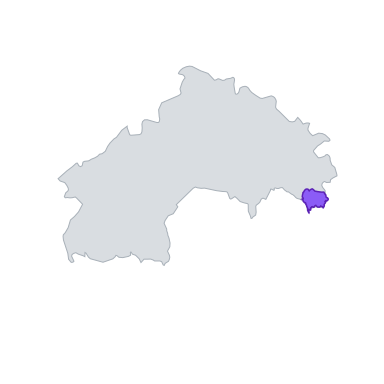 location of Yomou, Yomou, Guinea, rotated 316°
{"feature_id": "49546643B93814621089544", "entity_name": "Yomou", "entity_type": "district", "adm_level": 2, "iso_a3": "GIN", "parent_name": "Guinea", "parent_adm1": "Yomou", "projection": "mercator", "projection_center": [-9.137, 7.537], "detail": "fine", "context": "in_parent", "style": "filled", "palette": "violet", "viewbox_px": 384, "rotation_deg": 316, "n_neighbors": 0, "source": "geoboundaries", "source_scale": "gbopen_adm2", "svg_char_len": 6893}
<svg xmlns="http://www.w3.org/2000/svg" viewBox="0 0 384 384"><g transform="rotate(316 192 192)"><path d="M231.9,246.5L229.1,246.1L227.8,246.7L224.1,251.1L221.8,252.8L218.3,252.3L217.0,252.6L216.1,252.1L217.4,249.7L219.2,244.9L223.8,240.0L223.9,239.0L222.0,236.1L220.0,232.3L220.0,228.1L219.7,225.1L215.6,224.3L214.8,223.8L214.7,222.8L217.0,217.6L217.2,216.5L216.9,215.6L214.4,212.9L210.5,208.0L203.7,197.9L201.2,195.8L198.8,192.7L197.9,190.8L195.4,190.1L171.9,190.2L171.5,192.8L163.4,194.6L158.4,192.6L152.9,193.8L150.2,195.1L148.1,201.0L146.9,202.3L145.7,204.9L144.6,206.3L143.4,209.2L140.8,213.4L138.0,216.0L133.3,217.5L131.8,221.8L130.7,223.5L128.9,224.7L127.0,225.5L123.1,224.7L121.0,225.5L120.6,224.4L121.8,221.0L120.9,219.2L117.2,215.6L116.8,213.9L115.7,211.6L110.8,207.0L106.3,207.3L107.6,203.4L107.5,198.3L106.0,195.5L106.4,192.7L105.5,192.8L104.0,194.8L101.6,194.2L96.6,191.1L94.1,188.2L93.8,185.6L93.3,184.7L91.7,185.2L88.6,185.1L79.2,180.7L72.5,169.4L72.3,166.8L73.3,162.4L73.0,161.2L70.0,164.1L69.4,162.2L67.0,157.6L66.3,155.0L64.1,153.9L62.2,153.7L60.8,154.5L59.0,159.8L57.6,159.8L56.2,158.7L56.5,154.7L60.1,149.8L66.2,137.2L68.4,134.4L69.7,133.4L72.6,133.2L78.2,131.6L85.1,127.7L90.4,128.0L96.6,127.5L104.8,124.8L104.8,116.4L104.6,114.5L101.7,112.8L100.0,111.3L98.6,109.5L96.8,108.1L96.9,106.7L100.5,104.9L103.8,105.0L104.9,104.3L105.7,103.1L106.6,100.0L107.0,96.8L104.8,92.5L104.9,89.4L116.8,89.9L123.4,90.7L128.7,90.9L129.6,91.6L128.8,94.6L129.5,96.4L131.3,96.8L134.3,94.8L135.9,95.2L139.3,97.8L142.4,98.5L145.8,99.9L148.9,100.7L151.8,100.6L153.9,102.0L157.9,102.5L163.0,100.6L167.1,99.8L172.7,99.6L175.7,100.2L184.4,98.8L191.1,99.6L190.1,100.6L187.0,107.4L187.3,108.6L194.2,114.3L195.9,114.7L197.8,113.9L200.7,111.3L203.1,108.4L205.3,107.0L208.0,107.1L210.1,109.1L215.0,117.6L216.2,118.7L217.4,118.6L219.5,117.1L220.6,115.2L225.2,109.6L232.2,106.8L249.0,113.2L251.4,113.7L252.9,113.2L255.0,109.5L261.3,106.2L264.3,105.3L266.0,105.2L266.7,104.2L267.0,102.6L266.7,101.0L264.7,98.2L264.6,97.3L265.8,96.8L268.2,96.4L271.3,96.6L274.8,97.9L277.6,99.7L279.3,101.8L282.4,110.8L285.9,117.8L285.8,127.2L287.3,128.1L289.1,128.5L289.9,129.2L291.6,133.1L293.2,134.2L295.1,134.5L298.7,137.0L301.1,137.9L301.4,138.7L301.3,139.7L300.4,141.0L296.9,143.6L295.2,145.8L291.6,151.1L291.5,152.1L292.3,152.8L293.7,153.0L295.3,152.6L298.6,150.6L301.2,151.3L303.6,152.8L304.5,154.3L304.8,156.4L304.2,159.0L304.1,161.9L305.0,166.8L306.2,171.7L307.5,173.5L315.8,177.9L316.6,179.5L317.0,181.4L316.4,183.9L315.6,185.3L311.0,189.1L310.4,191.0L310.7,194.4L311.0,208.8L312.8,211.2L314.9,212.5L319.9,211.8L319.8,215.8L319.1,220.3L322.0,221.7L323.5,223.0L324.3,224.3L319.7,226.7L318.4,228.1L317.7,231.8L317.9,235.3L324.0,237.7L326.4,240.6L327.5,243.6L327.8,249.3L327.3,250.6L325.7,250.6L322.6,247.2L317.8,246.8L314.3,246.1L308.3,246.6L307.3,247.6L306.6,255.1L308.1,256.4L310.9,257.8L312.7,258.4L314.3,258.3L315.5,259.2L315.7,261.7L314.9,263.5L313.4,265.2L311.4,269.5L311.8,273.5L308.5,279.8L307.5,281.1L303.1,279.8L300.2,279.4L298.1,281.0L295.3,278.5L294.7,276.6L293.7,276.2L291.8,276.2L290.0,277.3L289.2,279.3L288.8,283.3L285.6,287.2L283.3,292.0L280.7,291.6L280.1,292.2L277.3,293.4L274.9,293.7L274.2,292.5L272.8,291.4L271.3,289.4L269.5,287.7L266.1,286.6L264.8,287.1L263.2,287.0L262.1,286.3L262.3,285.3L264.0,282.8L265.1,280.5L265.6,278.0L265.6,275.6L264.7,272.2L263.1,269.6L262.8,268.0L262.9,265.8L262.6,263.7L262.1,262.7L261.4,258.7L260.5,258.0L260.0,254.9L260.1,251.7L258.8,250.5L256.7,249.6L255.5,248.4L254.8,247.0L254.0,246.5L253.4,246.6L252.8,247.5L252.1,247.7L250.9,244.7L250.4,244.6L249.6,245.3L240.0,248.6L238.8,245.7L236.9,245.2L233.8,246.4L231.9,246.5Z" fill="#d9dde1" stroke="#a8b0b8" stroke-width="1"/><path d="M266.3,273.6L266.4,273.8L266.5,273.9L266.4,274.2L266.3,274.4L266.2,275.1L265.9,275.5L265.6,276.0L265.6,276.4L265.6,276.7L265.6,277.0L265.5,277.8L265.6,278.0L265.8,278.3L266.1,278.4L266.1,278.5L266.1,279.0L265.3,280.1L265.3,280.4L265.3,280.8L264.9,281.5L264.5,282.1L264.5,282.3L264.5,282.5L264.3,282.9L264.1,283.4L263.8,284.2L263.4,284.6L263.2,284.9L262.9,285.1L262.6,285.3L262.5,285.5L262.4,285.7L262.2,286.2L262.0,287.0L261.9,287.5L261.6,287.7L261.6,287.8L261.6,288.1L261.6,288.3L262.0,288.1L262.2,287.8L262.4,287.2L262.6,287.1L262.8,286.9L263.9,286.2L264.1,286.0L264.3,286.2L264.4,286.4L264.4,286.6L264.6,287.3L264.8,287.3L264.8,287.2L265.0,287.2L265.5,286.7L265.8,286.5L265.9,286.4L266.0,286.1L266.2,285.9L266.3,285.8L266.5,285.8L266.8,286.0L267.0,286.0L267.3,286.0L267.3,285.9L267.8,285.8L268.0,286.0L268.3,286.1L268.5,286.5L268.6,286.8L268.5,287.2L268.6,287.3L268.8,287.5L269.1,287.7L269.4,287.7L269.7,287.5L270.5,287.4L270.8,287.3L271.2,287.4L271.4,287.5L271.6,287.5L271.8,287.6L271.7,288.4L271.6,288.5L271.7,288.8L271.8,289.1L271.8,289.7L271.8,289.9L272.0,290.2L272.2,290.5L272.4,290.6L272.5,290.7L273.3,291.5L273.5,291.6L274.2,291.6L274.3,291.6L274.8,291.5L275.0,292.2L275.1,292.4L275.3,292.5L275.4,292.8L275.7,293.3L275.7,293.5L275.5,293.8L275.4,294.1L275.3,294.3L275.4,294.5L275.8,294.3L276.0,294.3L276.1,294.2L276.7,294.3L276.8,294.3L277.3,293.9L277.5,293.8L277.7,293.7L277.9,293.5L278.0,293.1L278.6,292.7L279.0,292.7L279.5,292.5L280.1,292.5L280.5,292.4L280.8,292.2L280.9,291.7L281.1,291.8L281.3,292.0L281.5,291.9L281.5,291.7L281.5,291.3L281.5,291.2L281.8,291.2L282.1,291.1L282.3,291.1L282.5,291.3L282.7,291.6L282.6,291.8L282.7,292.0L282.8,292.1L284.2,292.2L284.8,292.0L285.2,291.4L285.4,291.2L285.3,290.9L285.2,290.8L285.2,290.7L285.4,290.3L285.4,290.2L285.2,289.9L285.2,289.7L285.0,289.4L284.9,289.0L284.9,288.9L285.3,288.2L286.0,287.4L286.2,286.9L286.3,286.8L286.3,286.6L286.1,286.7L286.2,286.4L286.2,286.0L286.2,285.7L286.3,285.2L286.4,284.9L286.5,284.7L286.6,284.4L286.8,284.0L286.7,283.8L286.5,283.4L286.3,283.1L286.0,282.9L285.7,282.7L285.2,282.2L284.7,281.6L284.4,281.2L284.2,281.0L284.0,280.8L283.9,280.6L283.7,280.4L283.6,280.2L283.4,280.0L283.3,279.8L283.2,279.7L283.0,279.4L282.8,279.2L282.6,278.9L282.3,278.6L282.1,278.2L281.8,277.8L281.6,277.5L281.4,277.3L281.3,277.1L281.1,277.0L281.0,276.7L281.0,276.2L281.0,275.9L281.0,275.5L281.0,275.1L281.0,274.9L281.0,274.6L280.9,274.3L280.9,274.2L280.8,273.9L280.8,273.7L280.6,273.2L280.3,273.1L280.1,273.0L279.9,272.9L279.6,272.8L279.3,272.7L279.0,272.7L278.7,272.6L278.1,272.5L277.6,272.5L277.3,272.6L277.1,272.6L277.1,272.2L277.2,271.9L277.3,271.7L277.3,271.4L277.4,271.0L277.4,270.8L277.3,270.4L277.1,270.1L276.9,269.9L276.7,269.7L276.4,269.4L276.1,269.2L275.8,269.1L275.4,269.0L275.2,269.0L274.9,269.0L274.6,269.0L274.3,269.0L274.0,269.1L273.7,269.1L273.4,269.2L273.2,269.3L272.8,269.4L272.6,269.5L272.4,269.5L272.1,269.6L271.9,269.5L271.7,269.5L271.4,269.5L271.1,269.8L270.8,270.1L270.1,270.4L269.7,270.7L269.3,271.0L268.7,271.4L268.0,272.0L267.9,272.1L267.9,272.5L268.0,272.8L267.7,273.4L267.5,274.0L267.2,274.1L266.9,274.0L266.6,273.7L266.3,273.6Z" fill="#8b5cf6" stroke="#5b21b6" stroke-width="1.5"/></g></svg>